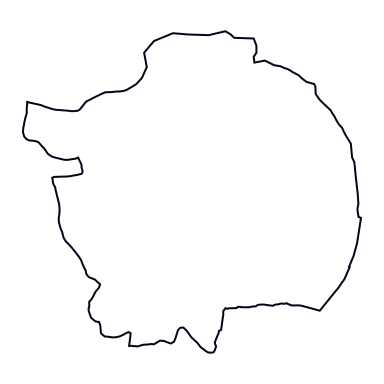 outline of Tamya, Al Fayyum, Egypt
{"feature_id": "37247803B840289217117", "entity_name": "Tamya", "entity_type": "district", "adm_level": 2, "iso_a3": "EGY", "parent_name": "Egypt", "parent_adm1": "Al Fayyum", "projection": "orthographic", "projection_center": [30.955, 29.468], "detail": "fine", "context": "isolated", "style": "outline", "palette": "ink", "viewbox_px": 384, "rotation_deg": 0, "n_neighbors": 0, "source": "geoboundaries", "source_scale": "gbopen_adm2", "svg_char_len": 3566}
<svg xmlns="http://www.w3.org/2000/svg" viewBox="0 0 384 384"><path d="M319.2,310.5L319.8,310.7L331.1,296.7L338.4,287.8L344.6,278.8L349.7,267.1L349.0,266.9L353.6,255.9L357.0,243.6L361.0,217.9L358.5,216.9L357.4,209.0L358.4,203.9L357.8,195.0L357.7,193.6L355.4,173.2L354.8,166.9L354.3,162.1L352.1,157.5L350.9,144.5L350.8,143.5L346.3,136.3L343.8,131.7L342.1,127.8L338.8,124.3L336.3,120.1L334.1,115.8L332.5,113.5L331.6,111.9L330.4,110.0L327.9,107.7L325.9,105.8L320.6,100.8L318.5,98.1L318.1,97.3L316.5,95.4L315.6,93.5L315.6,91.9L315.4,86.4L314.1,84.0L306.5,81.9L302.1,78.5L298.8,75.4L295.6,73.6L291.9,71.7L289.9,70.2L286.7,68.7L284.3,68.0L281.9,66.9L280.3,66.2L274.1,65.2L264.9,60.6L254.4,62.6L253.7,56.7L256.4,52.8L256.4,45.6L253.7,38.5L234.1,37.8L230.8,34.5L225.5,31.3L223.4,31.7L208.5,35.2L207.4,35.1L188.1,34.5L173.0,33.2L172.0,33.6L154.0,41.0L144.1,52.7L146.8,67.1L142.4,76.9L141.5,78.5L138.4,81.8L136.1,84.2L131.5,87.1L129.2,88.4L126.5,90.0L123.7,90.9L120.2,91.4L119.5,91.5L118.2,91.5L115.8,91.6L113.8,91.8L111.9,92.1L111.4,92.1L107.5,92.2L105.2,92.3L101.3,94.0L99.7,94.9L97.8,95.7L96.2,96.5L92.7,98.2L90.4,99.5L86.1,101.6L80.7,108.4L79.6,109.7L78.1,110.6L74.9,111.1L74.1,111.1L71.8,111.2L69.0,110.8L55.1,109.7L51.1,108.7L44.3,106.5L40.7,105.0L29.6,102.6L27.2,101.9L27.2,103.9L26.9,106.7L26.7,110.2L26.8,113.0L25.3,118.2L24.3,122.5L24.0,124.9L23.3,127.7L23.0,132.1L23.1,132.9L23.5,134.0L23.9,135.6L24.4,136.8L26.0,138.7L28.5,140.2L30.0,140.5L34.0,140.8L38.0,141.9L39.2,143.0L42.5,146.8L44.2,148.4L46.7,152.2L47.9,153.8L51.5,156.4L54.7,157.5L63.5,159.6L65.9,159.9L67.5,159.9L73.8,158.9L75.4,158.8L76.9,158.0L78.1,157.6L79.0,159.5L81.5,164.6L81.6,167.7L82.5,170.5L82.5,172.4L81.4,174.0L80.2,174.1L77.1,175.0L73.5,175.5L71.2,176.0L67.2,176.5L60.1,176.7L54.2,176.9L52.3,177.7L52.8,181.3L53.3,184.0L55.3,187.5L55.4,189.1L55.8,190.7L57.7,198.5L58.8,202.8L59.1,203.6L59.6,209.5L59.4,213.9L58.7,218.2L58.9,222.2L60.7,228.8L62.0,231.5L63.3,236.6L63.8,238.2L65.8,241.3L69.5,245.1L70.4,246.1L71.6,247.4L74.1,250.5L78.6,256.3L79.9,258.2L81.1,260.2L82.0,262.5L82.4,263.7L84.1,267.6L85.8,270.7L85.9,271.9L86.3,273.8L87.6,275.8L89.2,277.3L94.8,279.5L100.1,284.4L99.0,287.6L95.6,291.7L94.5,293.7L93.4,296.1L91.1,299.7L90.4,300.6L89.2,301.8L89.3,305.4L89.0,307.7L88.6,308.1L88.7,310.9L90.9,317.5L93.0,319.4L95.4,321.3L97.0,321.7L99.0,322.0L100.1,324.9L100.3,325.5L100.4,327.1L100.9,332.6L101.0,333.4L104.6,336.4L107.8,336.7L112.6,337.4L116.1,337.2L118.1,336.8L120.0,336.3L124.3,334.2L126.3,333.0L128.6,332.1L130.6,333.2L130.3,336.8L129.1,345.9L131.4,345.8L133.8,346.2L135.0,346.1L136.2,346.3L137.4,346.4L138.9,346.0L143.6,344.7L148.4,344.5L151.1,344.0L153.9,344.3L160.1,340.6L162.5,340.9L163.7,340.9L167.3,342.3L169.3,343.0L170.5,343.4L171.3,343.4L173.5,342.0L174.0,341.7L175.5,338.1L178.0,330.1L179.9,328.1L181.4,327.6L182.4,327.6L183.4,327.6L186.3,330.3L187.5,331.8L191.3,337.2L192.9,338.7L197.4,342.9L200.7,347.2L204.7,350.2L206.8,351.7L208.4,352.5L211.5,352.7L213.5,352.3L215.0,349.9L215.5,348.1L216.1,346.3L215.2,344.3L214.8,342.4L216.2,338.8L218.4,333.6L219.1,330.8L221.1,329.9L223.0,316.4L223.3,314.8L223.2,311.3L225.5,308.1L227.1,308.8L229.0,308.3L233.4,308.2L236.6,308.1L237.7,306.9L240.1,306.8L240.9,307.2L249.2,307.3L251.1,306.8L253.9,306.4L255.9,306.3L257.4,305.1L260.2,304.6L263.7,304.5L267.3,305.1L271.4,305.6L272.9,305.8L274.4,304.9L276.0,304.5L278.0,304.4L281.1,303.5L283.9,303.8L286.2,303.4L287.0,303.3L287.4,303.7L290.2,304.8L290.6,305.2L293.8,305.5L298.2,305.3L301.0,305.6L311.5,308.4L318.0,310.2L319.2,310.5Z" fill="none" stroke="#020617" stroke-width="2"/></svg>